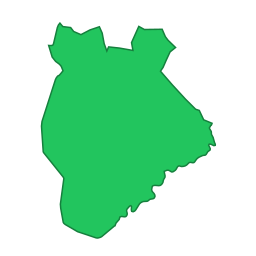 outline of Matam, rotated 87°
{"feature_id": "SEN-767", "entity_name": "Matam", "entity_type": "Region", "adm_level": 1, "iso_a3": "SEN", "parent_name": "Senegal", "parent_adm1": "", "projection": "mercator", "projection_center": [-13.497, 15.275], "detail": "fine", "context": "isolated", "style": "filled", "palette": "green", "viewbox_px": 256, "rotation_deg": 87, "n_neighbors": 0, "source": "natural_earth", "source_scale": "10m", "svg_char_len": 2441}
<svg xmlns="http://www.w3.org/2000/svg" viewBox="0 0 256 256"><g transform="rotate(87 128 128)"><path d="M127.7,43.8L128.2,44.0L129.1,44.4L129.6,44.7L129.7,44.9L129.8,45.3L130.2,45.5L130.8,45.8L131.0,45.9L131.6,46.4L131.8,46.6L132.5,46.7L133.1,46.5L135.7,45.1L136.3,45.0L138.0,45.0L138.4,45.0L139.1,44.8L141.9,43.5L146.9,42.4L148.2,41.9L148.7,41.7L149.3,41.7L149.9,41.8L150.1,43.2L148.5,46.2L148.3,47.7L149.3,48.4L152.7,47.0L154.1,47.1L154.6,47.6L155.4,48.9L155.8,49.5L158.4,51.3L159.0,52.0L159.2,52.7L159.3,54.4L159.5,55.2L160.8,58.5L161.4,59.5L162.1,60.5L162.9,61.3L165.3,63.2L165.9,63.9L166.1,64.7L166.0,65.6L165.6,67.2L165.6,68.0L165.8,68.7L166.2,69.3L168.0,71.3L168.8,72.8L169.2,74.5L169.3,76.4L169.1,77.2L168.8,78.0L168.5,78.9L168.7,79.7L169.2,80.4L169.8,80.9L171.3,81.8L172.0,82.3L172.7,83.0L173.7,84.6L174.1,85.4L174.2,86.2L174.1,86.9L172.6,89.1L172.3,89.9L172.2,90.8L172.3,91.6L173.2,94.1L174.6,94.0L177.5,93.5L178.9,93.6L179.5,93.9L181.3,95.1L182.0,95.4L184.2,96.0L185.3,96.7L186.3,97.6L187.0,98.8L187.2,100.2L186.7,103.9L186.7,104.7L186.9,105.6L187.2,106.5L187.8,106.9L190.7,107.6L192.0,107.4L193.4,106.6L194.7,105.5L196.1,104.8L197.6,104.6L199.1,105.3L199.7,106.0L200.0,106.8L200.3,109.6L200.6,110.2L201.6,111.5L202.0,112.2L202.2,113.0L202.2,116.3L202.6,117.8L203.4,119.4L204.5,120.6L210.1,124.5L211.3,125.7L211.9,127.3L211.4,128.7L209.9,129.0L206.6,128.6L205.7,129.3L206.2,130.6L208.4,132.7L209.2,133.4L210.1,133.7L211.0,133.7L213.0,133.3L214.0,133.3L214.9,133.6L215.8,134.2L216.3,134.8L216.5,135.6L216.5,136.4L216.0,138.9L216.1,139.6L216.4,140.5L216.5,140.8L218.9,141.6L219.6,142.3L222.4,145.0L225.0,146.1L225.2,146.8L235.2,160.1L235.8,161.6L236.3,163.9L236.2,164.6L236.1,165.5L228.9,183.8L221.1,195.7L219.9,197.0L218.8,197.6L204.6,199.4L200.5,199.5L175.0,194.7L174.0,195.1L173.3,195.5L148.4,213.4L147.4,213.9L121.6,214.3L116.9,213.5L75.8,197.9L74.2,197.0L72.5,195.6L71.7,193.8L67.5,189.9L63.6,191.2L62.2,191.9L60.5,193.4L57.7,196.8L53.2,200.0L41.4,202.9L41.6,201.4L41.6,200.3L41.5,199.1L40.9,198.4L39.4,197.8L24.0,193.3L21.5,192.1L19.7,190.5L23.3,187.8L24.7,180.0L28.8,177.2L32.3,170.1L28.1,160.9L25.4,151.3L31.9,148.8L42.5,147.4L50.0,145.1L46.0,143.1L47.7,132.5L50.8,119.0L42.9,120.0L27.1,111.9L30.5,106.5L31.2,88.7L34.0,87.7L38.8,85.9L42.5,83.4L50.1,76.3L54.2,82.0L62.1,86.2L69.3,89.8L73.0,92.6L87.1,81.6L102.2,69.1L112.8,59.5L114.2,55.9L123.8,52.0L127.7,43.8Z" fill="#22c55e" stroke="#15803d" stroke-width="1.5"/></g></svg>